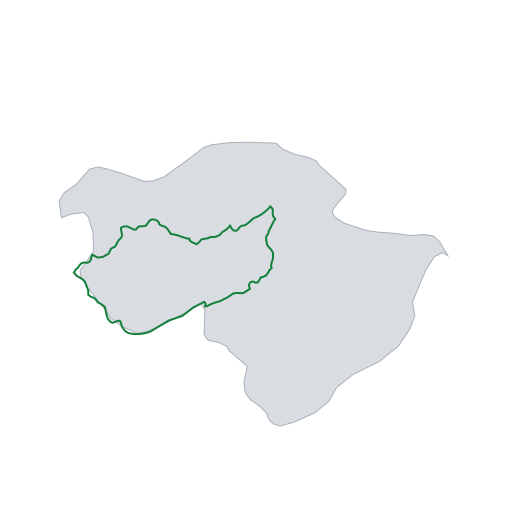 where Southern sits in Rwanda, rotated 57°
{"feature_id": "RWA-3491", "entity_name": "Southern", "entity_type": "Province", "adm_level": 1, "iso_a3": "RWA", "parent_name": "Rwanda", "parent_adm1": "", "projection": "robinson", "projection_center": [29.673, -2.278], "detail": "fine", "context": "in_parent", "style": "outline", "palette": "green", "viewbox_px": 512, "rotation_deg": 57, "n_neighbors": 0, "source": "natural_earth", "source_scale": "10m", "svg_char_len": 3854}
<svg xmlns="http://www.w3.org/2000/svg" viewBox="0 0 512 512"><g transform="rotate(57 256 256)"><path d="M209.0,153.8L214.3,153.6L249.2,144.2L252.7,147.1L258.4,165.5L261.3,168.2L266.2,168.8L276.0,164.6L294.0,150.2L301.8,141.5L311.1,129.2L322.9,115.4L329.5,103.4L335.9,96.3L344.4,94.2L353.7,94.7L360.2,94.9L354.8,97.8L353.7,106.7L359.9,120.8L379.9,150.0L392.7,155.4L401.0,166.8L409.2,185.9L411.6,209.9L408.2,238.7L410.2,260.1L417.6,274.2L419.5,292.4L416.0,314.8L411.8,328.2L406.7,332.7L401.0,334.3L393.3,332.8L383.9,334.7L373.6,338.9L367.2,339.5L363.2,338.7L355.6,335.1L343.7,323.5L321.4,329.9L315.4,329.8L307.2,335.3L300.6,342.1L296.5,342.5L292.4,341.6L273.2,328.0L266.2,328.4L263.3,366.8L260.1,388.1L256.2,397.6L242.4,406.7L228.6,411.9L221.0,411.6L190.6,414.4L178.8,414.5L172.2,411.3L163.7,389.6L147.5,379.9L132.1,375.4L125.8,376.7L120.2,388.0L117.9,398.3L102.9,391.2L98.4,382.6L98.0,368.0L92.5,348.1L95.5,339.6L101.4,334.0L113.8,323.5L132.8,308.9L136.8,301.9L139.5,290.3L138.3,263.3L136.5,240.5L138.7,232.3L147.4,214.7L159.0,196.7L172.5,177.6L180.6,175.7L191.3,168.5L202.6,157.8L209.0,153.8Z" fill="#d9dde1" stroke="#a8b0b8" stroke-width="1"/><path d="M270.5,326.1L269.4,325.0L268.1,324.2L266.5,324.3L266.0,325.3L266.0,327.0L265.0,336.4L266.1,350.5L262.6,364.3L261.9,383.2L261.9,385.2L261.0,389.2L259.4,393.2L257.5,397.0L255.3,400.4L252.0,404.2L248.9,406.2L245.7,406.9L241.6,406.8L238.0,405.5L236.2,405.6L235.0,407.3L234.4,411.1L233.7,412.8L232.2,413.9L228.5,414.4L225.5,413.9L218.7,411.4L217.0,410.7L215.8,410.6L211.0,412.6L209.8,413.4L208.5,414.0L206.9,413.9L203.3,414.5L200.3,416.6L197.2,417.8L193.4,415.4L187.6,414.2L184.4,413.5L181.5,413.9L174.6,417.3L170.6,417.7L169.1,414.3L168.9,412.0L167.4,408.2L167.1,406.0L167.6,404.1L169.9,401.0L170.2,398.9L169.2,396.6L165.7,392.9L165.7,392.7L168.7,390.9L169.5,390.6L171.0,389.7L173.3,385.1L173.8,378.5L172.0,375.4L171.1,374.0L170.9,372.7L171.1,371.0L171.4,369.2L170.8,368.1L170.0,366.3L168.7,364.4L167.8,362.1L167.4,359.4L166.1,357.3L163.9,356.2L160.9,355.1L158.9,353.9L158.8,352.7L159.5,350.3L160.9,347.9L164.3,345.9L167.6,343.8L168.3,342.1L167.8,340.1L167.3,338.3L168.7,335.9L170.3,333.0L170.5,331.3L169.4,328.7L168.3,325.7L168.7,323.2L170.4,321.0L172.8,319.6L175.2,319.2L177.0,319.8L179.1,318.7L182.1,316.2L185.4,315.5L188.2,315.5L190.1,315.4L191.1,315.5L193.5,312.8L197.5,309.2L199.6,307.8L201.4,306.1L203.5,304.6L204.4,303.5L205.1,302.4L206.0,302.8L207.0,303.2L208.2,302.7L209.5,302.2L210.6,301.5L212.3,300.3L213.7,299.5L213.6,297.0L213.0,294.5L212.5,293.4L212.7,291.5L214.2,288.4L215.1,285.9L215.1,284.5L215.7,283.3L216.1,282.5L216.9,281.2L218.0,279.2L218.3,277.5L218.4,275.9L218.6,274.4L218.1,273.1L217.6,271.1L217.7,267.2L217.1,263.2L216.4,261.3L218.1,261.3L220.5,261.4L222.4,260.8L223.9,259.3L224.2,257.3L223.5,255.8L222.9,253.8L222.8,251.7L223.5,250.3L224.3,248.0L223.9,243.1L223.1,238.6L223.1,236.4L223.7,234.2L224.1,229.1L223.6,223.0L223.0,219.6L222.5,217.8L222.1,217.1L223.0,216.8L224.9,216.5L226.7,216.9L229.4,218.9L232.4,220.1L234.4,219.7L235.7,219.9L236.2,221.6L237.9,224.6L240.1,228.2L242.0,231.6L244.2,234.0L245.0,236.6L248.1,238.8L252.6,240.5L255.7,240.5L258.9,239.8L261.7,239.9L263.7,240.6L264.8,241.5L266.1,242.2L267.3,243.2L268.3,244.3L269.6,245.8L271.2,247.7L272.8,248.9L274.0,249.2L274.5,249.5L274.4,249.7L274.7,250.3L275.2,251.9L275.6,253.3L276.0,253.9L276.4,254.6L276.9,255.8L277.4,257.1L277.9,258.5L277.6,259.3L277.5,259.6L277.5,260.3L277.4,261.5L277.1,262.6L276.5,263.6L278.1,266.3L279.1,269.1L278.4,270.5L277.8,271.2L276.5,271.8L275.3,273.2L275.0,275.0L276.0,277.2L277.4,278.2L278.1,278.3L279.0,278.6L280.0,279.0L280.4,279.3L280.2,281.1L280.2,284.4L280.2,286.6L279.1,288.8L276.7,291.8L275.0,295.6L275.2,301.7L274.3,310.7L272.4,317.0L272.3,317.3L272.3,317.7L271.7,321.1L271.3,324.6L271.1,325.1L270.9,325.6L270.5,326.1Z" fill="none" stroke="#15803d" stroke-width="2"/></g></svg>